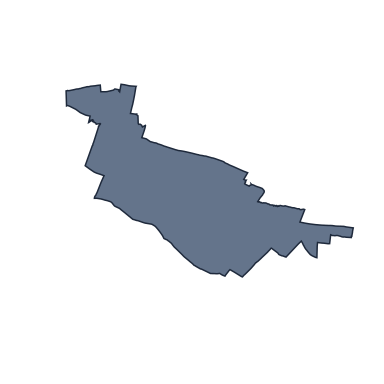 the district of Gagesti, Vaslui, Romania, rotated 121°
{"feature_id": "2599482B9369925227758", "entity_name": "Gagesti", "entity_type": "district", "adm_level": 2, "iso_a3": "ROU", "parent_name": "Romania", "parent_adm1": "Vaslui", "projection": "orthographic", "projection_center": [27.986, 46.331], "detail": "fine", "context": "isolated", "style": "filled", "palette": "slate", "viewbox_px": 384, "rotation_deg": 121, "n_neighbors": 0, "source": "geoboundaries", "source_scale": "gbopen_adm2", "svg_char_len": 5945}
<svg xmlns="http://www.w3.org/2000/svg" viewBox="0 0 384 384"><g transform="rotate(121 192 192)"><path d="M170.2,352.0L182.8,343.9L182.3,343.6L182.0,343.3L181.8,342.6L181.5,341.1L181.0,334.2L181.1,332.9L181.5,328.7L180.9,322.9L180.6,321.9L179.4,318.4L185.7,316.4L185.2,316.1L184.6,316.0L184.2,315.7L183.6,315.5L183.3,315.2L183.2,315.2L183.2,315.4L183.0,315.7L182.9,315.8L182.7,315.8L182.5,315.7L182.3,315.4L182.1,314.7L181.9,314.6L181.4,314.6L181.2,314.4L181.2,314.1L181.4,313.9L181.5,313.9L181.9,313.5L182.5,313.8L182.7,313.6L182.8,313.4L182.7,313.1L182.2,312.9L182.0,312.7L182.8,311.7L182.6,311.2L182.5,310.6L182.4,310.3L182.7,309.7L183.0,309.4L183.2,309.1L183.1,308.8L182.6,308.4L182.3,308.0L182.0,307.5L181.3,306.9L181.0,306.5L180.6,305.9L180.7,305.6L181.5,305.5L182.0,305.8L183.2,305.7L183.5,306.0L183.9,306.0L184.1,305.8L184.1,305.7L191.3,304.0L200.1,301.9L201.6,301.7L203.3,301.1L203.7,301.3L224.5,297.1L225.0,291.7L225.3,286.2L225.0,283.6L224.1,279.8L223.3,275.8L230.6,274.9L241.3,273.1L243.1,273.0L244.1,272.8L245.5,273.0L246.4,272.9L246.8,272.8L247.7,272.4L246.5,270.5L245.3,267.6L244.8,266.3L244.1,263.8L243.9,262.8L243.3,260.9L243.1,260.4L242.3,256.9L242.3,256.1L242.6,254.6L243.2,253.2L243.8,251.5L243.9,250.6L243.4,245.7L243.8,243.3L244.0,241.7L244.3,239.5L245.9,228.7L245.4,226.9L245.0,225.0L244.4,223.5L243.3,218.2L242.8,216.2L240.4,210.1L240.3,209.6L240.3,206.3L240.4,205.8L240.7,204.5L242.3,200.0L243.7,196.7L244.7,194.6L246.3,192.1L246.3,191.5L246.1,190.5L246.1,189.8L245.9,188.9L245.9,188.1L246.1,187.5L246.1,186.6L246.6,183.2L247.4,181.3L248.3,178.9L249.1,175.1L250.8,168.1L251.3,166.4L251.6,165.1L252.4,159.6L252.7,158.0L253.0,155.7L253.3,154.2L253.8,152.4L253.7,151.8L253.6,151.4L253.7,150.3L253.6,145.8L253.6,145.1L253.2,144.2L252.5,136.4L252.4,135.0L252.3,134.1L250.2,130.4L249.5,129.0L248.8,127.9L248.0,126.9L247.6,126.5L247.5,126.1L247.6,124.0L247.5,122.8L247.3,121.5L247.1,120.4L245.7,120.4L242.4,120.0L240.4,119.8L239.0,119.5L238.9,114.7L239.0,106.0L238.8,105.0L237.5,104.8L236.4,104.6L235.7,104.3L233.1,103.6L227.1,102.1L222.1,101.2L219.9,101.0L219.6,100.7L219.3,100.5L218.5,100.4L218.1,100.1L217.7,99.9L213.2,98.6L212.3,98.4L206.3,96.7L204.5,96.2L203.6,96.1L202.5,95.8L199.4,95.2L199.2,94.9L199.5,92.7L199.9,88.5L200.1,86.9L200.7,85.7L200.8,85.2L200.8,84.9L200.4,82.1L200.1,81.4L199.9,80.8L199.7,79.2L199.4,78.8L199.4,77.9L181.8,74.1L177.8,73.0L178.2,72.3L178.8,71.1L180.2,69.1L180.4,68.6L181.1,67.5L181.9,66.1L182.5,64.8L182.9,63.4L183.3,62.6L184.2,60.0L184.5,59.0L184.7,58.5L184.8,56.7L184.7,55.3L184.4,52.4L184.0,51.1L174.1,56.7L170.6,58.4L170.1,57.1L168.9,54.4L168.1,52.9L166.5,49.3L166.4,49.0L165.4,47.4L157.9,50.8L157.2,51.1L157.1,50.6L157.2,50.0L157.1,49.5L156.5,48.4L155.9,47.0L155.1,46.1L154.5,45.2L154.0,43.9L153.9,43.1L153.6,42.5L153.2,40.3L152.9,39.6L152.5,38.8L152.1,38.4L151.3,36.4L149.0,32.0L147.8,32.6L147.7,32.4L147.2,32.5L147.2,32.4L146.5,32.7L144.3,33.5L142.8,34.2L139.7,35.3L142.5,41.8L143.1,43.7L143.3,44.2L145.2,47.7L146.3,49.6L147.2,51.3L148.5,54.4L149.4,56.1L150.3,57.6L152.2,61.1L153.7,63.9L156.4,69.4L158.8,74.8L160.6,79.4L162.2,84.0L149.0,86.3L149.2,87.4L149.5,87.8L149.9,88.3L150.2,88.7L150.6,89.0L150.9,89.5L151.1,89.7L151.4,90.4L151.2,91.1L151.2,91.6L152.1,93.0L152.4,94.2L152.9,96.2L153.2,96.9L153.6,97.4L153.6,97.7L153.9,98.2L154.4,100.2L154.8,101.1L155.9,105.2L156.3,105.3L157.1,106.5L157.7,108.1L158.0,109.2L158.3,109.7L158.9,109.9L159.1,110.1L159.5,110.2L159.6,110.4L159.4,110.7L159.4,110.9L159.4,111.1L160.3,111.2L160.5,111.4L160.5,111.8L160.4,112.1L160.1,112.4L160.1,112.7L160.3,113.0L161.0,113.1L161.1,113.3L161.0,113.9L161.0,114.3L161.1,114.7L161.2,114.8L161.7,114.8L161.9,114.8L161.9,115.1L161.8,115.4L161.5,115.8L161.6,116.1L161.7,116.4L162.0,116.7L162.2,117.0L162.3,117.6L162.8,118.3L162.9,119.1L162.7,119.6L162.7,120.1L163.1,120.7L163.2,121.1L163.2,122.3L163.3,122.7L163.8,124.0L164.3,124.5L164.4,125.1L165.0,125.7L165.3,126.1L165.3,126.5L165.3,127.2L165.7,127.5L165.8,127.7L165.8,128.1L165.5,128.8L165.7,129.2L166.2,129.7L166.4,130.0L166.5,130.7L162.0,130.6L158.1,130.0L157.6,130.1L155.4,130.0L154.4,130.3L153.6,131.0L152.9,133.2L152.8,133.8L153.2,136.1L153.9,139.1L154.2,140.8L154.3,142.2L154.4,142.9L154.8,144.6L154.8,145.0L154.7,145.4L154.9,145.2L155.3,145.0L155.5,145.0L156.0,145.3L156.2,145.6L156.5,145.8L157.2,145.9L157.5,146.0L157.8,149.0L157.9,150.5L157.8,151.1L155.9,151.2L155.9,151.6L155.1,151.6L153.9,151.6L154.3,152.3L154.5,153.3L154.6,154.1L146.8,154.2L147.6,158.6L148.2,163.4L148.9,169.3L149.6,174.0L149.6,175.9L149.9,177.6L150.0,178.9L149.9,179.6L149.8,180.0L149.7,180.2L150.0,182.0L151.4,188.8L151.7,190.2L151.9,190.8L152.0,191.4L152.4,192.3L152.6,192.8L152.7,193.4L153.7,197.0L153.9,197.9L154.1,198.6L154.8,200.0L155.4,201.9L156.5,204.4L156.7,205.5L157.3,207.1L157.7,208.5L158.8,212.2L160.2,216.5L160.7,218.0L161.1,219.2L162.1,221.9L163.6,225.4L163.8,226.4L164.3,228.1L164.7,229.9L165.2,232.0L165.4,232.8L165.6,233.7L166.2,236.1L166.6,238.0L167.0,239.5L167.4,242.3L167.9,244.5L168.3,245.9L168.3,246.8L168.5,248.1L169.2,249.7L169.9,252.5L170.3,253.6L170.0,258.5L170.2,259.3L171.3,263.0L168.1,263.7L163.9,264.6L161.3,265.3L159.0,266.1L158.9,266.3L161.8,268.0L160.7,269.6L160.6,271.5L161.4,272.4L161.3,272.9L160.8,273.5L154.5,277.6L154.3,278.5L154.2,278.9L154.4,280.2L154.0,280.1L154.4,280.7L154.7,281.3L155.7,283.7L156.4,285.2L150.9,287.0L147.4,288.0L142.8,289.6L138.7,291.1L130.6,294.3L130.2,294.3L132.5,298.8L133.3,300.5L134.8,305.0L136.2,308.3L143.4,305.6L143.2,306.2L143.2,306.7L142.1,307.2L142.0,307.3L143.4,311.2L145.1,311.8L149.5,316.3L149.9,316.8L150.5,317.6L153.0,321.8L147.6,325.7L149.5,328.2L150.9,329.8L152.8,332.4L153.7,333.6L154.6,334.4L155.0,334.9L155.6,335.9L156.1,336.5L157.2,337.5L158.1,338.5L159.5,339.9L160.8,341.0L161.3,341.7L162.2,342.5L162.5,342.8L162.6,343.2L163.4,344.2L165.0,345.8L167.4,348.4L167.9,348.9L168.6,349.8L169.0,350.5L169.1,351.0L169.4,351.1L170.2,352.0Z" fill="#64748b" stroke="#1e293b" stroke-width="1.5"/></g></svg>